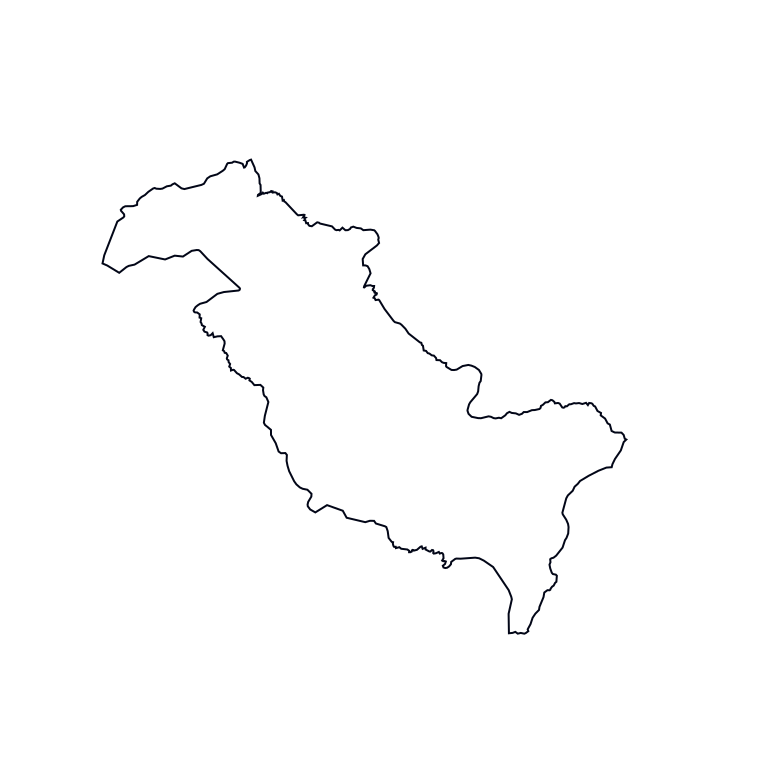 outline of Anouvong, Vientiane, Laos, rotated 59°
{"feature_id": "54806243B81229078685154", "entity_name": "Anouvong", "entity_type": "district", "adm_level": 2, "iso_a3": "LAO", "parent_name": "Laos", "parent_adm1": "Vientiane", "projection": "natural_earth1", "projection_center": [103.023, 18.902], "detail": "fine", "context": "isolated", "style": "outline", "palette": "ink", "viewbox_px": 768, "rotation_deg": 59, "n_neighbors": 0, "source": "geoboundaries", "source_scale": "gbopen_adm2", "svg_char_len": 6155}
<svg xmlns="http://www.w3.org/2000/svg" viewBox="0 0 768 768"><g transform="rotate(59 384 384)"><path d="M123.2,382.4L122.9,383.8L123.0,387.1L124.3,387.8L125.7,389.7L126.6,391.8L126.4,392.5L122.5,391.8L119.9,393.9L116.6,397.2L116.0,398.4L116.1,400.2L114.3,404.0L114.5,405.0L117.8,409.9L118.2,412.4L118.4,419.0L116.5,425.9L116.6,427.7L116.7,429.6L119.6,435.2L119.3,438.0L114.1,454.7L112.0,456.8L104.2,460.0L103.9,462.5L104.2,464.5L102.7,468.3L102.4,473.3L101.5,475.4L99.3,478.6L97.9,479.6L97.5,481.2L97.9,487.0L98.9,491.6L98.8,495.4L99.2,497.8L100.7,501.7L103.3,503.4L102.3,507.5L98.4,514.2L98.2,516.7L99.1,519.9L100.1,520.2L104.7,519.4L106.5,520.3L107.0,521.5L107.4,528.9L129.6,557.5L135.7,563.2L139.9,560.2L152.3,553.7L151.1,544.5L151.3,541.9L153.2,536.3L153.2,519.8L164.5,507.5L166.2,497.3L171.2,490.7L170.8,480.3L172.7,475.5L173.8,473.9L175.5,473.1L185.9,470.9L227.2,458.3L228.2,458.4L228.9,459.2L229.0,460.4L222.7,473.9L220.9,480.4L222.3,493.9L220.5,500.4L220.6,503.1L221.0,505.9L222.3,508.4L223.0,509.4L224.2,509.6L225.3,509.1L226.5,507.3L229.4,506.1L232.1,507.9L233.5,506.8L236.4,509.3L238.1,509.2L239.7,509.8L242.7,508.1L244.5,511.0L246.7,510.9L248.7,509.1L249.6,509.1L251.3,510.1L252.2,509.5L252.9,507.4L252.2,504.7L256.2,505.8L257.4,502.2L259.1,499.0L263.3,498.7L265.2,498.7L267.3,499.8L272.1,504.8L273.6,504.1L275.2,504.5L276.2,503.3L279.2,503.3L281.0,505.5L282.1,505.8L283.6,505.1L285.2,505.9L287.6,505.6L289.4,507.7L291.4,507.0L293.6,508.2L294.1,506.0L294.8,505.3L299.0,504.5L301.2,503.2L304.8,502.1L305.7,500.8L308.2,499.9L308.5,497.5L309.6,496.6L310.3,496.3L311.6,497.5L314.1,496.3L318.2,495.7L321.1,490.4L324.9,489.3L327.0,490.9L331.0,492.5L332.8,492.6L334.8,491.7L339.9,492.4L349.9,502.5L355.3,506.9L357.7,507.1L365.1,504.5L369.5,507.1L379.0,507.3L387.6,509.1L390.3,507.9L392.4,504.1L394.8,503.8L399.7,507.1L404.4,508.8L409.9,510.2L421.1,511.1L424.9,510.8L429.3,509.4L431.9,507.7L435.2,504.1L440.8,502.7L443.1,504.3L446.0,509.7L448.0,511.6L449.6,512.3L453.5,511.9L458.7,509.0L458.5,495.2L471.4,484.6L479.4,484.9L492.8,471.2L494.0,466.5L496.2,463.0L499.4,462.8L506.4,456.5L507.8,455.7L512.0,456.6L518.3,459.3L523.3,458.7L524.3,457.7L525.3,458.6L527.6,459.3L528.8,459.2L529.6,457.8L530.8,458.3L531.8,454.9L534.1,454.1L537.9,449.2L540.0,448.3L541.1,449.1L541.8,448.0L541.9,446.4L541.0,445.7L540.9,445.0L541.6,444.2L542.2,444.2L543.1,441.2L542.3,436.5L542.6,435.3L545.2,435.8L545.7,432.7L547.3,433.6L550.9,431.4L551.5,430.6L551.0,428.3L551.8,427.5L552.8,427.7L554.3,428.9L555.0,428.7L555.8,426.7L556.2,423.5L558.1,423.5L558.4,421.9L559.1,421.1L560.6,421.0L564.0,422.7L565.3,425.1L566.4,424.5L566.9,423.3L568.0,422.4L569.7,424.4L570.1,427.2L571.9,427.5L573.3,426.3L574.0,424.5L573.9,422.2L573.0,419.5L571.1,418.0L570.6,413.0L571.0,411.7L573.1,408.5L579.8,395.3L582.4,392.2L586.8,389.4L597.1,384.7L624.9,383.3L631.9,384.5L634.4,385.3L645.1,395.5L662.0,405.3L663.6,401.9L664.1,399.1L666.9,397.9L667.8,395.0L670.3,392.3L670.5,390.8L670.2,387.6L668.3,387.2L665.3,382.1L660.9,377.0L658.8,372.5L657.5,367.5L655.1,365.5L648.8,357.0L645.3,354.0L644.9,350.1L646.1,348.3L646.0,347.4L645.3,346.7L644.3,344.3L644.2,342.4L642.6,339.8L642.3,338.1L637.4,334.6L635.9,334.9L633.9,337.1L632.2,337.4L627.7,336.5L624.1,335.2L622.5,333.1L619.8,331.8L619.6,330.3L620.2,328.2L619.8,324.8L616.2,315.2L611.1,309.3L609.9,306.8L607.0,303.1L601.7,299.5L598.7,298.3L594.1,297.7L587.8,297.9L586.2,297.4L575.9,286.7L574.2,283.8L572.7,277.2L570.2,273.5L569.4,269.3L568.1,265.9L568.1,255.9L568.8,244.9L570.2,236.4L572.6,231.7L570.4,229.5L567.2,224.6L562.9,215.2L557.2,208.4L556.4,204.9L554.9,205.8L551.1,204.8L548.0,205.5L544.4,211.2L541.5,213.1L535.1,211.3L532.9,212.6L527.5,212.3L522.5,214.4L520.6,212.9L517.1,214.9L512.0,214.6L510.7,215.5L508.2,215.6L507.2,216.3L505.9,217.9L507.1,220.1L504.2,220.5L503.3,224.3L500.8,226.6L499.5,229.5L498.3,230.9L497.6,234.3L496.8,235.6L497.3,238.8L496.4,240.0L497.0,241.4L496.7,242.5L495.8,243.3L491.3,243.5L489.9,244.6L488.6,247.5L487.1,247.2L484.7,248.0L483.6,249.1L484.0,252.9L482.9,255.1L483.7,258.6L483.6,260.7L485.1,262.1L485.5,263.6L484.0,268.1L482.6,270.7L481.8,275.7L480.0,278.7L480.6,281.1L480.0,284.1L477.1,286.1L474.6,289.4L472.5,290.8L472.4,293.7L473.3,296.1L473.7,301.2L472.1,302.9L471.0,306.0L469.7,307.6L467.2,309.2L465.6,311.0L463.3,318.4L461.8,320.8L457.2,325.8L453.1,326.9L449.9,326.2L449.0,325.5L445.3,321.6L444.1,319.5L440.6,309.3L438.8,307.1L434.6,304.0L432.1,301.5L431.3,299.6L426.4,295.8L425.4,295.4L420.9,295.4L416.2,297.4L413.3,299.6L411.1,301.9L409.1,307.4L409.1,314.3L408.1,316.8L406.7,318.9L401.6,321.6L400.6,321.6L398.1,319.9L396.6,322.0L395.1,323.1L392.5,323.7L390.5,326.7L388.6,326.0L385.4,326.6L384.0,328.3L381.3,329.4L380.1,330.6L377.3,330.9L375.7,332.7L371.3,330.9L370.0,331.4L367.9,330.8L366.8,331.8L353.4,336.9L347.7,337.2L342.2,338.5L340.3,339.3L336.6,342.8L334.9,343.3L320.0,344.9L309.8,344.9L308.9,345.2L307.7,348.0L305.7,347.8L304.6,348.6L303.3,346.1L303.5,344.4L302.8,343.5L302.4,343.4L301.1,344.9L300.2,344.3L299.9,344.9L298.9,344.6L297.8,345.3L297.0,344.8L296.3,343.1L294.9,342.0L294.1,343.4L292.3,344.8L290.6,348.7L291.1,351.1L290.8,351.4L290.0,350.7L282.2,338.5L277.9,337.4L274.6,337.4L272.9,338.7L271.6,340.8L265.9,337.9L263.2,333.2L261.6,318.7L260.6,315.6L257.3,314.6L256.1,313.3L254.8,312.9L252.3,312.5L248.1,312.9L247.2,313.2L244.7,316.1L241.5,322.5L238.7,323.7L236.1,327.1L233.3,329.3L232.8,331.8L233.6,333.2L233.5,335.7L232.3,337.9L228.6,339.1L229.5,342.9L228.5,343.6L227.6,345.6L226.5,346.4L222.1,347.4L213.5,356.2L212.2,356.7L211.0,358.0L211.6,364.6L210.0,366.5L208.0,366.8L206.9,366.3L206.1,367.9L203.2,367.1L202.6,367.8L202.4,367.2L201.3,367.0L201.1,365.7L200.4,366.6L199.5,366.2L199.3,367.2L198.2,365.1L197.7,365.4L195.2,370.7L193.6,371.3L177.4,374.8L176.1,375.5L174.8,375.1L174.6,376.4L170.8,374.9L169.4,376.0L166.8,376.1L166.6,377.7L165.0,377.5L163.5,378.7L162.5,381.0L161.9,381.2L161.4,380.4L160.5,381.3L160.8,382.9L160.0,385.2L160.3,385.8L159.4,386.6L159.0,389.0L157.6,389.3L158.2,390.8L157.7,395.2L157.0,394.6L156.7,391.4L155.8,390.7L149.8,387.3L148.0,387.3L143.5,384.8L139.7,383.7L135.2,384.6L131.6,383.4L123.2,382.4Z" fill="none" stroke="#020617" stroke-width="2"/></g></svg>